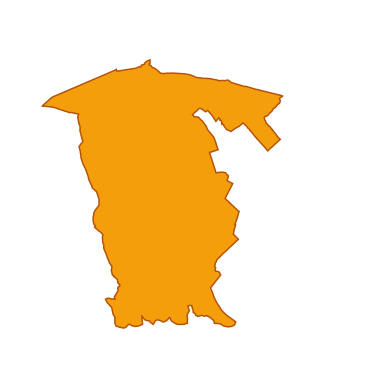 Cristian, Sibiu, Romania (Mercator projection), rotated 252°
{"feature_id": "2599482B61474640296478", "entity_name": "Cristian", "entity_type": "district", "adm_level": 2, "iso_a3": "ROU", "parent_name": "Romania", "parent_adm1": "Sibiu", "projection": "mercator", "projection_center": [24.019, 45.778], "detail": "fine", "context": "isolated", "style": "filled", "palette": "amber", "viewbox_px": 384, "rotation_deg": 252, "n_neighbors": 0, "source": "geoboundaries", "source_scale": "gbopen_adm2", "svg_char_len": 5924}
<svg xmlns="http://www.w3.org/2000/svg" viewBox="0 0 384 384"><g transform="rotate(252 192 192)"><path d="M158.8,230.8L159.8,230.1L175.6,221.5L187.4,233.3L192.0,228.8L195.4,231.3L195.7,231.4L196.7,231.4L197.0,231.3L197.9,230.4L199.9,230.0L201.0,228.1L201.6,226.5L202.2,224.4L202.8,220.8L224.2,220.9L224.1,224.4L224.2,229.9L228.5,229.8L231.5,229.9L237.0,229.7L241.7,228.0L244.0,227.0L246.2,226.2L248.0,225.8L249.3,226.0L249.9,225.9L256.1,223.9L257.1,223.4L257.6,222.8L260.3,221.7L261.3,221.1L261.5,220.9L261.4,220.0L262.0,219.6L262.2,219.2L262.2,218.7L262.4,218.2L262.7,217.7L263.4,217.1L264.0,217.0L265.5,216.4L265.6,217.1L266.8,218.8L267.0,219.9L267.4,221.0L268.0,222.2L269.0,223.9L269.3,224.5L269.2,224.9L268.7,226.0L268.1,226.7L264.1,229.7L264.1,230.0L264.8,231.7L264.8,232.0L260.2,234.1L257.7,235.0L251.8,236.5L254.2,240.5L252.3,241.0L251.6,240.7L251.5,240.8L251.6,241.5L251.4,241.6L249.7,242.0L249.5,241.9L249.4,241.6L247.1,241.3L247.0,241.6L247.4,242.1L246.7,242.6L245.2,242.8L241.8,243.8L240.5,244.4L239.9,245.2L239.0,246.2L237.5,247.7L239.3,253.6L240.0,257.4L241.9,261.8L238.8,263.7L237.1,264.5L235.7,264.8L234.1,265.8L232.9,266.0L230.6,267.1L224.7,269.3L212.4,274.9L207.7,276.7L214.8,292.2L217.5,290.7L222.3,289.2L224.6,288.2L225.5,288.1L226.1,287.6L226.8,287.7L227.3,287.2L227.8,287.0L229.7,286.5L230.5,286.0L230.6,285.7L231.1,285.6L232.3,284.9L233.3,284.7L233.9,284.0L234.3,283.9L235.1,284.0L236.0,283.8L236.9,283.9L238.3,283.5L240.5,283.6L241.2,284.6L241.0,284.8L241.2,285.8L241.0,286.1L241.1,286.4L241.4,287.0L241.6,288.2L242.6,289.4L244.0,292.7L244.5,293.2L245.2,294.2L246.2,295.1L246.4,296.3L246.5,296.8L246.7,297.2L247.1,297.6L247.3,298.4L248.8,300.5L249.3,302.4L249.4,302.7L250.5,303.6L251.2,304.0L252.3,304.2L253.9,304.1L254.4,305.0L254.8,306.8L255.2,307.8L256.2,306.8L257.6,304.4L266.1,290.7L268.7,286.7L270.1,284.2L276.0,275.6L276.0,275.2L276.1,274.5L283.3,264.2L283.7,263.5L285.4,262.2L286.5,261.6L287.2,260.9L287.4,260.4L287.6,259.5L287.8,257.4L288.6,255.6L289.2,253.5L289.4,252.4L289.4,251.7L290.1,251.4L291.2,249.6L292.1,247.8L294.0,244.6L295.5,241.2L296.5,238.0L297.9,235.3L298.6,233.5L299.4,232.2L300.0,230.7L301.6,229.5L303.8,226.7L305.2,224.4L307.2,220.2L311.5,209.2L311.8,207.4L312.7,205.1L313.1,202.8L313.9,200.4L314.6,198.9L316.0,198.1L319.3,196.1L321.0,194.8L321.7,193.9L322.1,193.6L322.6,192.8L323.0,192.5L323.7,192.5L324.7,192.1L324.9,191.6L326.1,190.9L326.5,190.8L326.9,190.9L327.1,191.3L327.1,191.7L328.0,192.0L328.4,192.3L329.0,192.2L329.5,192.4L329.9,192.8L330.6,192.9L330.4,189.7L330.1,188.6L329.2,186.8L328.1,185.9L328.1,185.0L328.4,183.4L328.1,182.9L327.0,182.2L327.0,181.7L327.3,180.8L327.4,179.4L327.1,177.9L327.1,176.7L330.1,157.8L332.0,157.9L331.8,157.4L331.6,156.3L325.5,89.3L325.0,87.1L324.6,86.3L320.4,76.9L320.0,76.2L319.8,76.4L319.6,76.6L318.8,79.2L315.7,85.8L314.5,87.7L308.4,95.8L307.1,97.8L305.6,99.6L305.2,100.5L304.8,102.0L301.1,108.2L299.2,106.8L298.2,106.2L298.1,106.3L296.4,106.2L293.2,105.7L290.8,105.6L290.2,105.8L289.6,105.8L287.3,105.4L286.3,104.8L284.6,104.4L276.3,103.8L274.1,103.9L273.7,103.7L273.4,103.4L271.7,100.7L269.9,98.5L266.2,98.4L260.6,97.5L258.4,96.9L256.8,97.1L253.3,96.9L247.0,97.8L242.7,98.0L239.4,98.1L236.2,97.7L234.5,97.8L229.5,98.5L226.5,98.5L222.7,100.8L221.4,101.3L218.6,101.4L213.9,101.3L209.9,100.1L208.3,99.5L206.7,97.5L204.2,93.6L201.6,91.8L200.7,91.5L199.0,90.4L195.8,89.2L193.4,88.9L191.2,88.8L189.7,89.7L189.1,89.1L188.7,88.5L187.5,89.0L186.0,90.1L184.3,90.9L183.0,92.0L180.9,93.3L178.8,94.0L178.4,94.0L177.4,93.1L176.7,92.8L175.3,92.4L174.6,92.4L172.7,91.7L170.5,91.5L169.5,91.6L168.3,91.5L165.8,90.7L162.2,90.9L160.5,91.2L155.4,91.2L152.1,91.6L150.4,91.6L149.2,91.8L146.1,92.8L144.1,92.1L142.5,91.0L138.3,90.8L138.0,90.6L137.2,91.0L136.7,91.5L135.8,91.4L135.5,91.6L135.2,92.3L133.9,92.6L132.4,93.8L131.2,94.0L129.3,93.4L128.7,93.4L127.7,93.8L127.4,94.1L126.7,94.1L126.6,94.5L126.3,94.7L125.4,94.5L124.9,94.2L124.7,93.7L124.6,93.0L124.4,92.3L124.0,92.0L123.5,91.7L121.7,91.6L120.7,90.8L118.7,88.6L118.1,87.7L117.2,86.9L116.4,85.8L113.8,85.7L114.6,84.2L115.4,81.9L116.8,80.0L116.9,79.6L117.0,77.8L116.7,76.6L112.9,77.2L107.2,79.8L106.5,79.9L100.2,79.2L97.5,79.8L96.6,79.9L91.5,78.2L90.2,78.1L87.7,78.5L87.3,79.4L86.1,80.9L85.0,82.7L84.3,83.9L83.6,85.6L83.9,87.6L85.1,89.5L85.4,90.6L85.5,91.2L85.3,91.9L84.8,92.4L83.6,93.3L81.7,96.4L81.5,97.2L81.2,99.5L81.1,101.1L81.4,102.9L81.4,103.6L81.6,104.1L82.8,104.5L87.6,105.3L89.3,106.1L86.2,107.1L85.3,107.5L84.7,108.1L83.8,109.1L83.2,110.5L82.1,112.0L81.8,111.9L80.8,112.2L79.9,112.8L79.4,113.4L78.3,113.8L78.2,114.1L78.4,114.7L80.6,117.1L81.0,117.7L81.1,118.2L80.9,119.9L80.7,120.5L78.6,123.2L77.3,124.3L77.2,126.4L77.5,127.8L78.1,129.4L79.4,131.1L79.5,131.9L75.9,132.6L75.1,133.0L71.7,135.9L70.4,137.7L70.2,138.6L69.4,140.5L69.2,141.7L68.6,143.2L68.6,143.9L68.9,145.6L68.7,146.5L68.5,146.9L69.3,147.1L70.3,147.7L73.8,148.8L76.2,149.1L77.1,149.8L80.0,152.9L81.0,152.7L83.1,152.9L84.8,152.9L84.9,153.8L84.9,154.4L84.1,156.7L80.4,156.3L79.0,156.6L78.6,156.5L77.9,156.0L77.3,156.0L76.6,156.3L75.5,157.3L73.5,157.5L73.3,157.7L73.1,158.3L72.0,159.0L71.8,159.4L71.7,162.8L71.1,164.2L70.1,165.1L70.0,165.4L69.9,166.0L70.0,167.2L69.8,168.0L68.4,169.1L66.9,170.6L65.6,171.4L64.6,171.9L63.4,172.8L62.7,173.0L60.1,172.7L58.8,176.4L57.4,178.7L55.0,180.5L52.4,184.9L52.4,186.2L52.0,187.7L52.0,188.4L52.2,189.6L52.2,190.8L52.4,191.2L52.7,191.7L53.7,192.2L54.4,193.2L55.0,193.5L64.2,186.8L67.9,184.8L70.6,183.6L78.9,181.4L84.6,180.5L90.5,180.4L95.0,180.0L100.7,188.3L101.0,188.9L104.3,193.7L104.8,193.4L105.3,193.3L106.3,193.4L107.2,193.2L107.8,192.8L108.5,191.9L109.4,190.1L110.3,189.7L112.7,191.1L114.2,190.5L115.2,191.2L116.3,191.8L117.1,192.0L118.1,193.4L119.6,194.3L122.7,200.5L123.4,201.5L125.4,206.2L127.1,209.5L132.7,221.5L139.1,218.3L143.9,221.0L146.6,222.8L147.0,223.3L147.8,222.7L154.1,227.6L154.4,227.7L158.3,230.2L158.8,230.8Z" fill="#f59e0b" stroke="#b45309" stroke-width="1.5"/></g></svg>